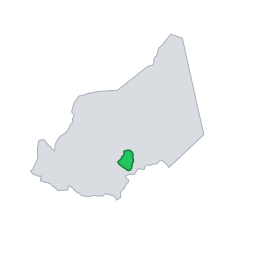 location of Ouara, Ouaddaï, Chad, rotated 47°
{"feature_id": "50815135B92277339053304", "entity_name": "Ouara", "entity_type": "district", "adm_level": 2, "iso_a3": "TCD", "parent_name": "Chad", "parent_adm1": "Ouaddaï", "projection": "natural_earth1", "projection_center": [20.732, 13.712], "detail": "fine", "context": "in_parent", "style": "filled", "palette": "green", "viewbox_px": 256, "rotation_deg": 47, "n_neighbors": 0, "source": "geoboundaries", "source_scale": "gbopen_adm2", "svg_char_len": 4500}
<svg xmlns="http://www.w3.org/2000/svg" viewBox="0 0 256 256"><g transform="rotate(47 128 128)"><path d="M184.6,77.0L184.6,82.7L184.6,88.3L184.7,94.0L184.7,99.6L184.7,105.3L184.8,110.9L184.8,116.6L184.8,122.2L184.8,124.1L184.7,124.8L184.4,125.1L181.9,124.5L180.7,124.5L179.2,124.9L176.9,125.1L175.4,125.1L174.3,126.1L173.5,127.2L173.9,130.0L173.8,131.0L173.5,131.9L172.8,132.7L172.1,133.4L171.7,134.0L171.2,135.3L170.8,135.8L170.8,136.6L170.7,137.5L170.3,137.9L169.2,138.2L168.5,138.6L168.0,139.2L167.6,139.7L167.8,140.2L168.1,141.0L168.2,142.3L168.3,143.0L168.9,143.6L169.2,144.0L169.3,144.6L169.0,145.0L167.7,145.9L167.2,146.2L166.6,146.7L166.3,146.9L165.4,147.7L164.9,148.5L164.7,149.1L164.7,150.0L165.2,151.3L165.7,152.5L165.9,153.3L166.0,154.2L166.0,155.1L165.7,155.8L165.2,156.5L163.4,157.8L162.5,159.2L161.8,161.0L161.6,161.9L161.8,162.5L162.2,163.1L162.7,163.3L163.5,163.4L164.8,163.1L166.0,162.9L167.3,163.5L168.0,165.0L167.7,166.0L168.2,167.9L168.7,170.3L168.6,171.0L168.8,171.3L169.6,171.5L169.8,172.0L169.6,176.1L169.9,177.2L170.5,178.0L171.1,178.4L171.7,179.0L172.0,179.3L172.7,179.4L173.5,180.2L173.8,181.1L173.7,182.1L173.2,184.2L172.9,185.5L172.4,185.4L171.5,185.1L170.3,184.8L168.9,184.6L167.6,185.1L166.1,185.9L165.6,186.4L165.2,186.7L164.6,186.7L164.0,186.8L163.7,187.3L163.2,187.8L161.1,189.0L160.6,189.5L160.4,189.9L160.4,190.4L160.6,191.3L160.6,192.5L160.1,193.5L159.6,194.1L159.0,194.4L158.4,194.5L158.1,194.9L157.0,197.1L156.5,197.5L155.6,197.5L152.8,200.8L152.5,201.7L151.5,203.1L150.2,204.7L149.1,205.4L149.0,205.7L148.7,206.0L148.0,206.3L145.6,208.2L142.6,208.1L141.3,208.8L140.1,209.2L138.3,209.5L137.7,209.5L135.3,209.6L132.6,209.6L131.5,209.8L130.5,210.5L129.8,211.2L129.7,211.4L129.8,211.6L129.8,211.8L131.7,213.4L132.2,214.1L131.7,214.8L131.4,214.9L131.4,215.0L131.1,215.6L130.0,217.3L128.2,219.3L127.4,219.9L127.0,220.3L126.5,221.6L126.2,221.8L125.1,222.0L122.7,222.1L119.5,222.6L117.5,222.7L116.3,222.6L114.6,223.5L114.0,223.8L113.6,223.9L111.9,224.8L110.5,226.2L110.0,226.4L108.0,227.0L107.3,228.0L106.9,228.1L105.6,226.8L104.8,225.6L104.3,224.5L104.3,224.1L104.1,224.2L103.4,224.7L102.8,225.3L102.5,226.4L100.4,227.1L98.7,227.8L97.9,228.6L96.7,229.0L95.1,228.9L93.9,228.5L92.7,228.4L93.3,227.4L93.5,226.6L93.6,225.7L93.5,225.1L92.8,224.8L92.3,224.3L91.3,221.3L90.3,218.3L88.8,215.4L87.2,213.5L86.0,212.3L85.7,212.2L85.1,211.8L84.6,211.5L82.5,209.5L80.3,207.2L79.8,206.2L78.7,204.6L77.4,203.1L76.8,202.3L76.5,201.0L77.4,199.9L78.3,198.4L79.4,197.4L80.9,197.3L83.2,197.7L85.8,197.9L88.4,197.6L89.0,197.4L89.7,197.4L91.1,197.7L93.5,197.7L94.7,197.1L93.4,196.0L92.0,194.4L90.6,192.6L89.8,191.0L89.1,189.0L88.4,186.4L88.0,183.1L88.1,181.2L88.3,179.9L89.0,177.7L88.6,176.4L88.7,175.4L88.6,173.8L88.4,173.1L87.5,170.5L87.3,170.2L86.5,168.5L86.1,165.5L85.2,163.6L83.7,162.7L82.9,161.5L82.6,159.5L82.0,159.0L79.6,158.3L77.7,158.3L76.3,156.0L74.5,153.1L72.8,150.3L71.8,144.9L71.2,141.8L71.9,140.9L73.3,138.6L75.1,134.4L79.2,127.8L81.2,124.5L85.4,119.5L90.4,113.3L93.3,109.8L93.8,103.5L94.3,96.8L94.7,91.7L95.2,85.7L95.6,80.7L95.9,77.1L96.3,71.9L96.7,70.9L98.7,66.8L98.8,66.3L98.5,65.6L95.7,62.1L94.8,61.4L94.4,59.6L95.1,58.6L91.8,52.8L91.0,52.1L90.6,51.4L90.6,50.3L90.6,46.3L89.7,40.0L88.6,32.7L92.6,30.6L95.6,29.0L99.4,27.0L102.9,29.1L107.9,32.1L113.0,35.1L118.1,38.1L123.2,41.1L128.3,44.1L133.4,47.1L138.5,50.1L143.6,53.1L148.7,56.1L153.8,59.1L158.9,62.1L164.0,65.1L169.2,68.1L174.3,71.1L179.4,74.0L184.6,77.0Z" fill="#d9dde1" stroke="#a8b0b8" stroke-width="1"/><path d="M145.8,158.5L146.7,158.8L147.0,158.9L147.2,159.0L147.7,159.1L148.5,159.1L149.0,159.1L150.1,159.0L151.3,158.7L152.3,158.7L153.7,158.2L154.3,158.1L155.9,157.7L157.1,157.4L157.5,157.4L158.0,157.3L158.9,156.9L159.5,156.6L159.7,156.0L160.1,155.8L160.3,155.0L159.8,152.8L159.0,151.7L158.4,150.9L158.0,149.9L157.3,149.7L157.1,149.3L156.7,149.0L156.5,148.6L156.3,147.8L156.4,147.0L156.1,146.6L155.4,146.1L154.9,145.7L154.6,145.5L154.2,145.4L153.9,145.0L153.6,144.9L153.0,144.8L152.7,144.7L152.3,144.1L151.9,143.5L151.0,142.6L150.2,142.0L149.6,141.8L149.0,141.6L148.4,141.4L147.7,141.6L147.1,141.9L145.8,141.7L145.0,142.5L144.5,142.8L144.2,143.3L143.9,143.7L143.5,144.3L143.4,144.6L142.6,145.6L142.5,147.2L144.4,148.5L144.7,148.7L144.8,148.8L145.1,149.6L144.9,150.6L144.9,150.8L144.8,151.0L144.8,151.3L144.8,151.5L144.9,151.8L145.0,152.0L145.1,152.3L145.3,152.5L145.6,153.4L145.7,153.6L145.8,153.9L145.9,154.8L145.9,155.0L145.8,158.5L145.8,158.5Z" fill="#22c55e" stroke="#15803d" stroke-width="1.5"/></g></svg>